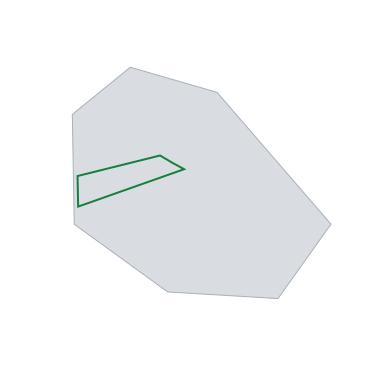 location of Baiti within Nauru, rotated 293°
{"feature_id": "NRU-4976", "entity_name": "Baiti", "entity_type": "state/province", "adm_level": 1, "iso_a3": "NRU", "parent_name": "Nauru", "parent_adm1": "", "projection": "natural_earth1", "projection_center": [166.929, -0.506], "detail": "fine", "context": "in_parent", "style": "outline", "palette": "green", "viewbox_px": 384, "rotation_deg": 293, "n_neighbors": 0, "source": "natural_earth", "source_scale": "10m", "svg_char_len": 389}
<svg xmlns="http://www.w3.org/2000/svg" viewBox="0 0 384 384"><g transform="rotate(293 192 192)"><path d="M293.5,176.1L216.7,332.5L127.5,312.8L90.5,208.7L116.3,96.2L216.7,51.5L282.7,86.4L293.5,176.1Z" fill="#d9dde1" stroke="#a8b0b8" stroke-width="1"/><path d="M134.1,92.9L162.0,80.4L213.1,148.3L211.2,162.7L209.9,175.8L134.1,92.9Z" fill="none" stroke="#15803d" stroke-width="2"/></g></svg>